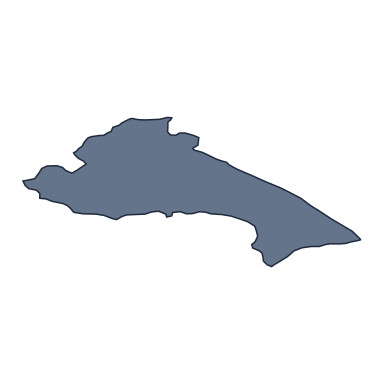 Ragunda, Jämtland, Sweden
{"feature_id": "70781695B27486788902069", "entity_name": "Ragunda", "entity_type": "district", "adm_level": 2, "iso_a3": "SWE", "parent_name": "Sweden", "parent_adm1": "Jämtland", "projection": "equal_earth", "projection_center": [16.011, 63.184], "detail": "fine", "context": "isolated", "style": "filled", "palette": "slate", "viewbox_px": 384, "rotation_deg": 0, "n_neighbors": 0, "source": "geoboundaries", "source_scale": "gbopen_adm2", "svg_char_len": 1666}
<svg xmlns="http://www.w3.org/2000/svg" viewBox="0 0 384 384"><path d="M73.6,152.8L74.6,154.6L78.1,158.2L83.4,161.0L86.1,164.1L81.2,167.3L76.7,170.5L71.9,173.2L65.7,170.5L62.6,167.5L56.8,165.7L47.1,166.0L41.7,168.5L38.6,173.5L34.6,178.7L27.9,180.1L23.0,181.0L25.2,185.5L28.8,188.7L36.3,190.1L39.8,193.5L39.8,198.3L46.0,198.9L52.0,201.3L63.1,203.6L67.2,205.5L70.2,208.1L73.7,212.3L82.8,213.8L95.9,214.1L104.0,215.4L112.1,218.5L116.6,219.6L122.2,216.4L126.8,214.9L145.0,214.1L151.5,212.0L158.6,211.2L165.7,214.1L166.7,217.0L171.7,215.9L172.7,212.5L180.3,211.7L186.4,213.8L192.5,213.6L199.5,211.7L206.1,212.3L210.6,213.8L222.3,214.6L231.4,216.2L238.5,218.5L247.6,221.7L254.7,226.1L256.2,230.3L257.7,236.1L255.2,241.7L251.7,244.6L252.7,248.0L258.8,250.6L261.8,252.8L262.9,256.5L263.4,261.0L267.0,264.7L271.6,266.6L274.4,264.6L281.9,260.1L287.5,256.6L294.2,250.8L302.0,247.8L311.3,246.5L319.1,246.5L325.3,244.6L330.2,243.8L339.2,243.9L346.0,243.4L351.1,241.9L358.1,240.5L361.0,239.7L360.9,239.7L352.3,231.3L330.8,218.6L320.1,211.5L310.0,205.2L300.9,198.3L281.7,188.4L264.9,181.4L253.8,176.4L237.3,169.3L228.8,164.7L226.7,162.3L221.5,160.9L216.1,159.0L207.6,154.8L202.4,152.4L193.7,149.9L192.9,148.2L198.0,145.1L198.3,142.2L198.8,137.6L192.9,135.2L185.1,133.0L179.5,133.0L175.9,135.2L170.7,135.0L167.6,132.0L167.9,125.9L167.9,122.1L170.7,119.8L171.8,117.8L167.4,117.4L159.7,119.3L146.5,119.9L140.1,119.8L136.2,119.3L132.4,118.5L130.1,118.8L125.9,120.8L121.3,123.3L119.2,125.2L112.8,127.4L111.2,131.4L107.6,132.9L103.5,135.4L99.4,135.5L91.1,136.7L87.8,138.0L84.2,142.2L82.3,146.0L78.7,148.6L76.6,151.1L73.6,152.8Z" fill="#64748b" stroke="#1e293b" stroke-width="1.5"/></svg>